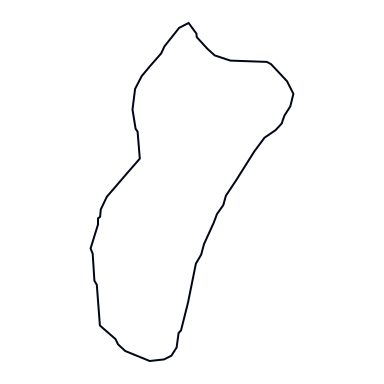 the district of Santa María Visitación, Sololá, Guatemala
{"feature_id": "79465075B29728839269099", "entity_name": "Santa María Visitación", "entity_type": "district", "adm_level": 2, "iso_a3": "GTM", "parent_name": "Guatemala", "parent_adm1": "Sololá", "projection": "albers", "projection_center": [-91.331, 14.7], "detail": "fine", "context": "isolated", "style": "outline", "palette": "ink", "viewbox_px": 384, "rotation_deg": 0, "n_neighbors": 0, "source": "geoboundaries", "source_scale": "gbopen_adm2", "svg_char_len": 788}
<svg xmlns="http://www.w3.org/2000/svg" viewBox="0 0 384 384"><path d="M212.2,226.1L213.5,223.3L217.0,214.0L223.3,205.1L225.9,195.7L235.8,180.8L254.4,151.3L264.5,137.7L275.6,130.1L281.7,123.5L284.4,115.6L290.3,106.4L293.4,93.8L287.0,81.2L271.1,64.2L266.9,61.9L230.4,60.6L214.7,55.4L207.4,48.8L196.8,37.2L196.4,33.6L188.6,23.0L179.2,27.8L164.5,46.3L161.1,53.5L149.6,66.6L141.7,76.1L135.1,88.9L132.5,109.5L135.6,128.8L137.6,131.7L139.8,158.6L127.2,173.1L106.8,196.8L100.8,209.4L100.1,216.8L98.0,218.4L98.0,224.5L90.6,248.4L92.7,253.8L94.4,280.7L96.8,284.8L99.9,325.5L115.5,339.1L118.0,344.3L125.2,351.0L149.7,361.0L164.1,359.4L171.4,355.7L176.6,347.5L178.6,333.0L181.0,330.4L187.9,303.1L195.9,263.6L201.2,254.6L204.0,244.1L212.2,226.1Z" fill="none" stroke="#020617" stroke-width="2"/></svg>